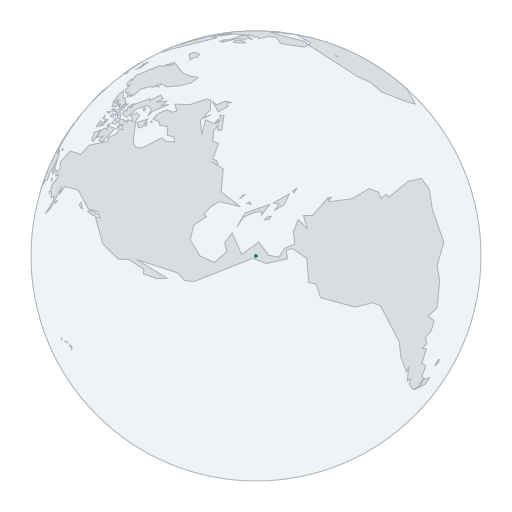 Estelí on an orthographic globe, rotated 318°
{"feature_id": "NIC-664", "entity_name": "Estelí", "entity_type": "Department", "adm_level": 1, "iso_a3": "NIC", "parent_name": "Nicaragua", "parent_adm1": "", "projection": "orthographic", "projection_center": [-86.387, 13.143], "detail": "coarse", "context": "on_globe", "style": "filled", "palette": "teal", "viewbox_px": 512, "rotation_deg": 318, "n_neighbors": 0, "source": "natural_earth", "source_scale": "10m", "svg_char_len": 8554}
<svg xmlns="http://www.w3.org/2000/svg" viewBox="0 0 512 512"><g transform="rotate(318 256 256)"><circle cx="256" cy="256" r="225" fill="#eef3f6" stroke="#a8b0b8"/><path d="M287.8,274.4L282.5,272.2L277.4,279.0L258.8,268.6L251.8,255.4L193.1,233.6L186.7,226.7L186.2,215.6L165.0,178.7L174.9,213.0L167.0,206.1L160.3,193.7L163.8,190.9L159.0,173.2L151.7,166.3L150.2,144.8L162.9,119.3L165.4,123.4L168.2,117.5L165.2,112.2L162.6,110.3L168.0,87.9L160.4,76.5L151.0,78.6L158.5,74.3L136.1,83.0L127.6,83.6L141.5,79.6L146.3,76.9L142.6,75.2L146.6,72.2L147.1,69.9L152.3,66.6L160.1,65.3L163.6,63.4L160.8,62.5L164.2,59.1L167.8,60.7L174.1,55.2L188.2,53.7L193.8,63.2L205.9,62.0L222.9,71.7L225.6,69.0L233.7,71.9L239.9,70.1L241.3,73.1L245.0,69.2L242.6,66.9L243.4,64.6L246.8,63.5L249.2,66.9L247.8,67.9L250.3,68.4L250.0,70.7L252.1,69.0L254.5,73.6L257.2,67.6L263.4,70.2L263.6,73.7L257.0,75.1L241.0,89.0L239.2,94.2L243.4,99.5L265.2,105.2L266.0,110.7L271.9,116.9L274.5,112.7L270.9,106.5L277.2,100.8L272.0,94.6L273.8,91.7L271.1,85.3L278.6,84.6L287.5,87.7L290.2,93.3L294.1,95.1L297.4,88.9L308.0,99.2L324.6,106.5L326.6,109.8L320.0,116.7L305.3,118.2L296.6,129.8L309.5,121.0L314.2,130.4L318.0,131.7L321.9,130.9L323.0,127.0L326.1,130.3L314.6,139.5L311.6,136.6L315.3,133.5L308.4,134.6L300.6,142.1L303.6,147.0L288.7,155.3L290.7,159.1L288.5,163.4L286.4,156.6L289.9,169.4L272.9,185.1L277.3,208.7L265.1,190.9L256.0,189.2L245.1,190.0L245.6,193.8L230.6,191.4L217.9,199.8L214.5,218.6L220.8,233.0L237.3,233.3L241.7,225.1L253.6,223.1L246.4,245.2L267.3,247.6L265.9,264.0L272.2,272.2L282.4,269.5L293.0,273.0L300.0,263.1L311.6,257.2L312.4,270.3L318.3,257.8L325.1,263.7L347.8,261.0L346.2,264.2L365.4,277.6L385.1,281.7L389.7,290.6L387.4,296.8L394.0,297.4L394.0,301.2L419.0,302.3L430.7,308.9L429.6,322.0L418.3,339.1L404.9,371.3L383.9,384.6L376.3,396.9L356.1,415.5L343.7,415.9L345.0,423.3L336.2,428.8L327.5,430.0L324.1,435.4L317.6,436.1L320.6,439.1L307.6,446.5L308.4,451.4L298.3,456.8L299.1,459.4L296.1,459.5L292.4,460.7L291.3,462.3L283.3,460.2L283.8,454.0L288.7,450.5L284.8,450.1L295.3,440.6L290.3,442.7L295.8,428.3L305.1,415.4L315.2,376.4L311.4,368.7L295.3,360.2L276.1,330.2L281.9,317.0L277.4,311.0L292.2,291.7L287.8,274.4ZM56.6,202.0L58.1,196.9L58.5,200.5L56.6,202.0ZM58.1,193.5L57.8,195.3L57.9,193.8L58.1,193.5ZM57.6,192.3L58.0,193.2L57.3,192.6L57.6,192.3ZM56.7,191.2L57.3,191.6L57.1,191.7L56.7,191.2ZM276.8,216.8L300.7,226.9L287.8,229.1L290.1,226.9L283.9,222.5L272.6,218.7L261.1,221.7L276.8,216.8ZM56.0,188.1L55.9,187.1L56.6,186.9L56.0,188.1ZM286.0,203.1L281.9,202.5L285.8,202.2L286.0,203.1ZM160.7,110.2L164.7,112.5L165.9,118.7L162.1,117.0L160.7,110.2ZM159.0,99.5L162.0,99.3L158.7,105.0L158.0,103.3L159.0,99.5ZM143.4,81.3L145.9,82.1L142.1,82.4L143.4,81.3ZM146.3,70.2L144.3,71.1L145.4,69.6L146.3,70.2ZM267.1,86.2L269.0,85.8L268.5,87.1L267.1,86.2ZM264.1,84.0L262.1,85.9L260.3,85.2L261.6,84.0L264.1,84.0ZM154.4,63.4L156.8,61.0L155.7,63.1L154.4,63.4ZM266.9,81.8L257.5,83.7L254.5,82.4L256.8,77.0L266.9,81.8ZM159.1,59.5L164.8,54.6L160.9,55.8L175.3,50.1L165.6,55.8L164.9,58.0L162.6,57.9L159.1,59.5ZM240.3,66.7L243.1,69.1L237.6,68.2L240.3,66.7ZM236.6,66.8L218.7,68.5L216.3,65.0L222.8,64.8L217.2,61.5L224.8,58.7L229.6,60.0L229.7,62.7L232.6,59.7L236.6,66.8ZM182.3,48.0L184.9,46.9L183.7,47.9L182.3,48.0ZM243.3,63.6L239.9,64.1L237.6,60.9L244.0,59.4L242.7,60.9L243.3,63.6ZM211.9,62.1L211.4,59.8L217.4,56.9L218.0,55.7L224.8,58.4L211.9,62.1ZM244.9,61.1L247.3,58.8L251.5,59.5L246.5,63.0L244.9,61.1ZM234.3,60.8L233.5,59.4L236.0,59.6L234.3,60.8ZM267.7,61.3L263.7,61.5L262.1,59.8L267.7,61.3ZM247.9,58.0L246.5,57.8L245.4,57.3L247.8,56.0L247.9,58.0ZM228.6,56.4L231.2,55.8L226.1,55.0L230.4,53.2L234.2,55.5L234.4,53.7L235.7,53.2L237.3,55.7L228.6,56.4ZM247.0,53.3L253.3,56.2L261.1,56.0L262.7,57.4L249.8,57.6L247.0,53.3ZM241.2,54.5L245.1,54.0L245.1,55.7L242.4,57.2L241.2,54.5ZM232.0,51.2L224.4,53.4L223.9,52.9L232.0,51.2ZM249.3,52.8L247.7,52.2L249.8,52.6L249.3,52.8ZM237.3,51.2L234.7,52.0L234.2,51.3L237.3,51.2ZM246.8,50.4L248.8,51.2L247.0,52.1L246.8,50.4ZM242.5,50.5L242.3,49.4L245.2,51.9L241.4,50.9L242.5,50.5ZM237.2,50.5L236.0,50.3L238.4,50.2L237.2,50.5ZM252.4,46.9L256.4,49.9L252.5,51.7L249.1,48.5L252.4,46.9ZM295.8,464.5L283.7,461.1L290.8,462.6L297.7,460.0L303.4,462.6L295.8,464.5ZM315.2,457.2L322.1,455.2L323.1,455.8L318.7,457.3L315.2,457.2ZM414.7,96.1L411.1,93.0L415.8,97.6L419.5,101.0L424.4,106.3L416.4,99.2L420.6,106.5L435.8,129.1L436.1,133.7L431.9,133.3L416.5,114.7L417.4,106.8L411.9,101.1L403.2,96.1L404.2,94.4L400.8,91.7L400.3,88.9L391.3,80.0L389.5,77.2L377.9,69.4L375.4,67.2L383.0,72.2L387.3,74.7L382.0,69.3L378.5,67.0L371.4,62.6L370.8,62.2L364.6,58.7L359.8,56.1L374.6,64.5L388.8,74.0L402.1,84.6L414.7,96.1ZM358.3,55.3L361.0,57.0L352.7,53.1L344.0,49.0L341.9,48.4L356.0,55.2L361.1,57.8L364.4,59.2L378.8,67.8L382.4,70.8L369.6,64.0L373.3,67.8L361.8,61.8L330.9,45.3L322.1,41.5L324.2,41.3L332.5,44.1L333.7,44.6L335.6,45.3L358.3,55.3ZM253.4,30.7L247.1,30.9L237.9,31.4L253.4,30.7ZM205.0,36.6L204.3,36.7L207.4,36.0L207.5,36.0L188.9,41.7L183.0,43.7L176.6,47.1L177.3,47.1L181.3,45.8L175.3,50.1L160.9,55.8L160.0,55.4L151.6,59.9L150.6,58.7L146.0,60.3L149.8,57.4L145.8,59.5L142.9,61.2L140.3,62.7L152.2,56.0L157.9,53.6L154.4,54.9L158.9,52.7L159.4,52.5L174.2,46.1L189.4,40.8L205.0,36.6ZM480.2,233.7L479.9,231.4L479.9,232.9L476.1,249.6L471.7,243.2L459.1,218.2L457.5,204.3L451.7,190.9L436.3,134.7L439.2,133.9L434.1,118.7L434.6,118.9L441.9,129.0L442.6,129.8L451.1,143.3L458.6,157.4L465.0,172.0L470.4,187.0L474.8,202.3L478.0,217.9L480.2,233.7ZM448.8,159.7L451.0,163.8L448.8,159.7ZM348.5,260.8L351.3,263.0L347.8,263.5L348.5,260.8ZM286.4,234.7L291.2,234.7L293.9,236.6L290.2,237.5L286.4,234.7ZM326.6,232.2L332.0,232.9L326.5,234.4L326.6,232.2ZM304.4,228.2L322.2,232.1L311.5,236.8L300.2,234.5L307.8,232.9L304.4,228.2ZM284.4,210.9L287.6,211.7L286.9,214.2L284.4,210.9ZM288.9,203.0L287.7,203.3L286.0,201.4L288.9,203.0ZM314.8,129.9L315.8,129.2L320.1,129.2L318.5,130.9L314.8,129.9ZM336.4,120.2L340.9,125.8L336.6,122.8L335.3,125.9L324.5,123.8L327.0,111.4L327.8,117.2L336.4,120.2ZM310.8,118.6L317.3,120.7L310.1,118.9L310.8,118.6ZM382.3,81.7L384.9,82.1L389.2,85.6L391.4,91.0L385.2,85.7L382.3,81.7ZM387.6,82.0L374.4,74.8L372.5,71.8L375.8,74.5L375.9,73.3L381.2,77.5L392.3,82.4L396.8,86.0L398.4,92.9L395.4,88.4L393.1,88.0L387.6,82.0ZM343.9,67.6L338.2,66.1L341.5,61.2L346.5,63.4L349.0,68.3L344.6,68.9L343.9,67.6ZM272.7,72.7L270.3,73.6L269.7,72.5L271.2,70.8L272.7,72.7ZM265.9,61.5L282.6,68.1L280.7,69.3L292.8,72.6L292.4,77.2L284.6,74.8L293.3,81.2L286.1,80.9L292.6,85.0L275.3,79.2L269.2,79.7L276.1,77.2L276.7,72.9L275.0,71.1L265.9,66.9L253.0,66.5L251.4,62.7L253.7,60.1L256.6,59.6L256.7,62.1L260.5,59.7L262.8,63.0L265.9,61.5ZM282.0,41.1L280.9,42.7L288.8,41.3L291.2,43.3L292.0,43.1L296.4,44.8L303.0,46.6L303.1,47.6L305.7,47.9L308.6,49.3L312.1,50.2L313.6,52.6L318.0,54.0L316.1,54.4L323.4,56.3L318.6,56.0L322.0,58.2L324.8,57.3L324.0,71.1L327.3,78.1L332.6,84.5L323.7,84.0L313.0,78.2L302.8,70.5L300.9,64.3L297.2,65.6L295.2,63.1L299.0,63.1L292.0,61.7L291.4,59.7L282.3,54.9L272.7,54.8L269.1,53.4L272.5,52.5L266.6,51.7L270.6,49.2L268.2,48.2L269.7,45.1L277.8,44.5L274.4,43.5L275.5,41.5L282.0,41.1ZM253.1,46.0L262.2,44.0L268.0,44.4L262.9,49.8L264.5,51.0L261.5,55.1L253.1,54.7L254.8,53.5L254.5,52.2L257.2,52.8L254.8,51.4L256.9,49.9L255.6,48.5L259.0,48.1L253.1,46.0ZM432.2,115.6L431.1,114.3L430.7,113.7L430.3,113.3L432.2,115.6ZM425.6,109.2L424.7,107.7L429.7,113.2L430.0,114.1L425.6,109.2ZM419.9,102.6L424.2,107.2L422.1,105.2L419.9,102.6ZM381.7,70.9L380.1,69.5L381.7,70.4L384.4,72.4L381.7,70.9ZM306.0,39.7L304.4,39.9L303.0,39.5L296.2,39.1L293.9,37.9L297.1,37.7L306.0,39.7ZM302.3,38.3L299.8,38.1L300.2,37.7L302.3,38.3ZM291.8,37.0L291.6,36.3L292.8,37.7L291.8,37.0ZM300.2,35.1L291.7,33.6L279.0,31.9L291.1,33.5L292.4,33.7L300.2,35.1ZM251.2,30.8L249.9,31.0L247.0,31.0L246.9,31.0L251.2,30.8ZM252.8,30.9L257.6,31.1L254.6,31.4L251.4,31.1L252.8,30.9ZM280.4,33.4L284.1,33.8L283.7,34.1L280.4,33.4ZM183.3,47.0L184.7,46.9L182.2,47.7L183.3,47.0ZM209.4,35.7L209.1,35.8L206.2,36.5L209.4,35.7ZM206.7,36.8L210.3,35.9L207.3,36.9L206.7,36.8ZM218.1,34.2L212.1,35.6L216.6,34.4L218.1,34.2Z" fill="#d9dde1" stroke="#a8b0b8" stroke-width="1"/><path d="M257.1,256.4L257.0,256.6L256.9,256.7L256.8,256.8L256.7,256.8L256.5,257.0L256.0,257.0L255.9,257.0L255.8,256.9L255.9,256.7L255.9,256.4L255.7,256.2L255.4,256.1L255.1,256.2L254.9,256.2L254.7,256.2L254.7,255.9L255.1,255.5L255.3,255.0L255.5,254.9L255.8,255.0L256.0,254.9L256.3,254.9L256.5,254.8L256.7,255.0L256.6,255.3L256.6,255.5L256.5,255.8L256.9,256.2L257.0,256.3L257.1,256.4Z" fill="#14b8a6" stroke="#0f766e" stroke-width="1.5"/></g></svg>